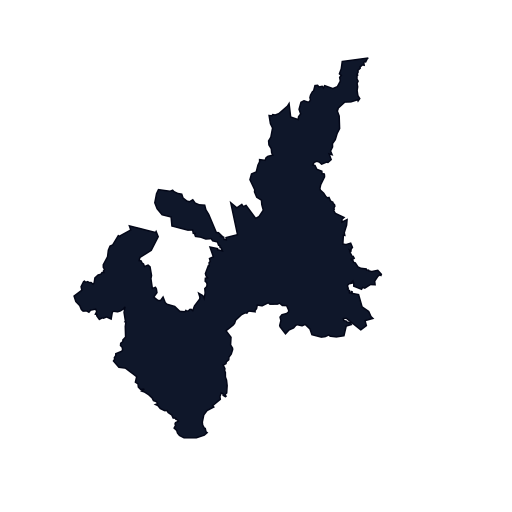 Tehuacán, Puebla, Mexico, rotated 336°
{"feature_id": "50627088B19866902668175", "entity_name": "Tehuacán", "entity_type": "district", "adm_level": 2, "iso_a3": "MEX", "parent_name": "Mexico", "parent_adm1": "Puebla", "projection": "natural_earth1", "projection_center": [-97.424, 18.466], "detail": "fine", "context": "isolated", "style": "filled", "palette": "ink", "viewbox_px": 512, "rotation_deg": 336, "n_neighbors": 0, "source": "geoboundaries", "source_scale": "gbopen_adm2", "svg_char_len": 6110}
<svg xmlns="http://www.w3.org/2000/svg" viewBox="0 0 512 512"><g transform="rotate(336 256 256)"><path d="M116.3,392.8L127.5,397.8L135.9,398.6L139.5,397.5L138.8,396.3L139.5,392.9L138.8,392.5L138.5,388.7L139.4,385.9L143.7,379.9L148.4,377.3L156.0,376.8L155.4,375.1L165.1,372.4L165.8,369.8L168.5,367.0L169.8,368.2L169.3,369.9L170.8,372.1L171.6,371.9L171.3,369.9L173.5,369.2L176.9,362.7L178.6,357.4L178.8,354.2L180.7,349.8L180.6,348.2L181.8,346.2L181.6,342.3L184.8,342.1L185.8,340.6L188.9,339.7L190.1,337.4L193.5,335.5L196.6,332.0L197.1,330.6L196.6,326.9L200.1,320.1L198.2,312.1L207.0,309.8L209.0,308.8L211.3,306.3L218.9,303.7L222.9,303.5L224.5,304.5L226.0,303.5L227.5,303.6L232.5,306.6L232.8,305.5L235.1,304.3L237.2,301.3L241.3,304.0L248.2,303.7L249.1,305.7L256.1,308.7L258.4,308.7L259.9,311.9L263.8,313.8L263.8,318.9L262.9,320.4L260.6,321.0L255.8,320.2L253.1,321.6L252.5,325.1L249.4,329.1L249.2,330.4L251.3,339.1L256.1,337.0L261.1,337.0L264.2,335.5L265.8,335.6L269.7,338.5L273.1,338.5L275.6,344.6L275.1,350.6L282.7,356.7L286.4,357.8L290.4,357.7L291.1,359.4L296.5,362.6L303.9,364.6L309.9,356.7L315.2,357.4L315.0,355.8L313.3,354.0L312.1,353.9L312.2,352.5L309.9,350.6L310.3,348.6L313.2,349.6L321.7,366.1L328.5,364.5L329.3,359.4L337.4,360.6L336.4,358.1L336.4,352.5L332.2,345.6L334.0,333.0L328.5,329.2L329.3,327.9L328.5,327.1L327.5,328.5L326.3,327.7L327.2,325.5L326.1,323.6L327.1,323.1L327.4,320.3L329.4,319.2L332.9,319.9L332.5,318.9L334.4,318.2L334.3,320.6L333.0,323.3L338.9,329.3L340.6,328.0L342.3,329.6L348.9,328.6L353.1,330.7L354.2,327.2L359.1,324.1L361.3,323.6L362.2,324.6L363.1,323.7L361.4,318.6L355.4,317.3L353.1,315.5L353.1,314.7L351.3,313.9L351.4,312.6L346.7,309.8L344.7,307.5L343.9,302.7L342.5,301.4L342.7,299.6L341.4,297.8L341.8,297.3L342.8,298.4L344.8,298.0L344.6,295.9L343.7,295.8L343.3,290.4L344.0,290.3L343.9,288.9L344.7,290.1L345.8,288.3L347.6,287.4L347.7,282.8L342.9,282.2L340.2,280.4L344.3,272.5L345.5,273.3L346.1,270.6L351.3,264.7L354.0,259.8L348.3,260.0L349.6,257.3L352.1,256.6L345.8,249.3L345.4,246.1L346.6,245.0L346.3,244.0L348.3,242.6L348.6,240.9L347.8,239.5L348.1,238.2L346.5,236.1L346.5,232.2L345.0,232.0L344.0,230.2L343.4,226.2L341.6,222.0L341.8,220.3L344.2,217.1L350.8,211.6L351.6,209.6L351.6,208.6L349.8,207.8L350.6,205.3L346.8,201.5L346.7,197.3L344.9,195.9L347.1,194.1L350.1,194.2L352.1,196.0L353.3,198.8L358.5,198.9L359.8,199.8L363.9,198.5L364.3,192.4L366.7,194.4L366.8,190.4L370.3,187.5L371.6,184.4L375.7,182.0L380.1,176.9L384.2,173.6L388.9,162.0L389.3,155.9L390.1,155.9L391.3,154.3L399.7,151.5L405.4,153.8L412.4,154.6L412.3,155.9L414.8,154.4L414.3,150.9L415.7,145.9L417.7,142.8L418.6,139.3L420.4,137.8L420.2,135.4L421.5,132.6L422.5,132.1L422.2,131.1L424.2,129.4L424.3,128.0L427.6,126.8L427.8,125.7L431.0,124.7L432.4,125.7L433.1,123.1L434.2,122.6L435.1,123.3L438.0,120.9L439.1,120.8L413.9,113.4L410.0,119.7L406.3,123.5L407.4,125.7L405.1,126.8L404.2,130.5L399.2,134.4L394.3,134.3L388.0,128.3L385.9,130.0L385.5,127.9L382.3,127.2L381.7,125.1L379.2,124.3L375.7,128.7L374.5,128.8L371.3,131.2L369.7,133.2L369.2,135.6L367.7,136.6L366.3,136.8L363.0,133.7L359.6,133.9L355.0,139.5L354.6,144.4L351.6,146.0L350.0,148.5L344.2,143.1L348.2,130.2L345.7,131.9L334.9,135.2L330.9,135.0L328.8,133.6L327.5,134.4L325.1,133.0L323.0,141.0L323.2,145.8L317.9,153.5L314.3,156.0L313.0,159.8L313.6,164.2L312.3,168.0L312.4,170.7L307.5,169.8L305.2,170.3L303.2,172.3L298.5,169.4L297.6,171.4L294.8,173.7L290.4,179.3L285.3,179.2L281.5,183.8L281.8,195.0L280.7,196.8L280.6,202.6L283.7,207.2L282.2,211.3L281.3,217.1L274.8,221.2L271.0,221.5L267.5,205.7L264.5,205.8L264.0,203.1L258.1,204.2L254.6,197.1L247.8,229.0L236.1,227.0L235.5,229.2L233.5,227.9L234.1,225.6L232.1,224.2L233.1,224.1L231.2,219.4L229.3,218.5L229.7,198.8L229.0,193.4L229.8,188.7L224.9,186.1L221.9,182.9L221.1,178.9L217.4,179.4L215.2,177.7L212.9,173.3L213.3,169.3L209.9,167.0L207.2,163.8L206.6,162.0L203.8,161.9L193.9,155.7L190.5,158.6L185.2,166.2L184.9,172.6L187.0,180.1L194.3,185.8L191.4,194.4L204.2,204.6L208.7,206.5L207.9,209.8L209.7,210.7L208.8,211.6L208.7,213.5L213.2,216.3L217.1,220.1L222.1,221.9L222.6,224.5L226.5,227.5L226.2,230.9L227.1,231.5L226.7,233.7L227.5,234.2L227.4,237.7L223.5,234.7L223.9,233.6L217.6,229.1L216.7,239.4L212.5,239.4L212.0,242.4L210.5,242.9L209.2,246.1L208.4,245.6L202.6,251.5L202.3,253.7L202.9,256.2L200.7,255.7L199.3,258.4L200.1,260.3L199.7,262.1L198.6,263.9L196.0,264.9L194.5,269.1L191.4,273.7L191.3,270.6L188.5,266.7L188.0,270.8L187.1,272.4L179.5,276.6L176.0,280.2L175.0,278.3L173.6,277.9L172.2,278.7L170.2,278.2L169.8,277.2L168.4,278.0L163.9,275.6L161.2,269.0L155.0,263.8L154.1,261.7L154.4,255.7L150.6,257.9L148.3,256.7L145.9,251.9L150.6,249.2L151.6,245.5L151.4,243.7L148.1,243.5L150.8,233.9L152.6,231.4L154.8,222.8L153.7,220.4L149.8,220.3L150.0,217.5L149.1,216.3L149.0,213.7L147.4,212.7L149.3,210.1L162.6,208.2L174.5,198.6L174.7,193.0L173.8,193.7L152.6,177.0L152.2,181.3L140.2,182.3L139.7,183.0L138.5,181.4L129.6,187.6L126.7,187.6L123.5,190.6L120.1,196.3L112.9,201.9L111.9,204.2L112.2,206.7L110.5,207.7L110.4,209.2L108.6,208.5L106.7,209.6L104.1,209.1L99.9,210.5L97.3,214.6L95.7,215.6L94.6,213.2L92.6,212.3L91.9,211.0L89.6,210.7L89.1,209.2L88.1,209.3L83.7,212.9L83.0,216.4L73.5,218.6L72.9,224.3L74.8,229.6L74.7,233.9L75.6,236.0L78.9,237.3L80.5,239.4L82.8,238.2L87.9,239.3L87.9,242.0L85.6,243.8L86.9,244.7L86.2,245.8L87.1,250.2L90.4,250.0L91.4,250.8L94.7,250.9L98.0,254.7L102.0,248.7L103.5,248.6L106.9,250.7L109.8,251.0L113.1,250.5L115.7,249.1L112.5,253.9L110.2,262.5L109.5,262.8L110.2,263.6L107.9,267.2L103.9,277.0L100.3,278.5L99.5,280.1L96.9,280.7L95.8,282.7L96.7,285.1L95.8,287.7L94.6,288.4L88.2,288.2L87.4,289.9L85.2,291.3L84.9,292.8L83.1,293.9L85.5,301.9L91.1,305.3L97.9,317.7L94.5,322.2L96.2,324.8L95.2,327.9L96.4,331.2L100.2,331.9L96.6,332.9L98.8,334.9L101.5,339.0L103.4,343.5L103.5,346.4L105.9,348.7L106.1,350.9L103.8,350.8L105.5,352.7L106.5,356.4L109.6,360.1L111.8,361.0L112.1,363.3L114.4,367.0L114.4,370.3L116.7,371.5L116.4,372.6L117.7,373.8L117.8,375.4L114.7,375.5L113.7,376.5L113.7,378.0L111.2,379.9L112.6,383.1L112.3,385.8L113.1,388.8L116.3,392.8Z" fill="#0f172a" stroke="#020617" stroke-width="1.5"/></g></svg>